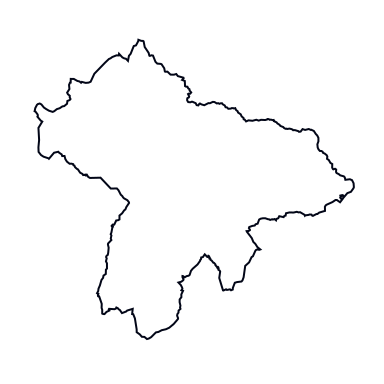 Runcu, Vâlcea, Romania (Equal Earth projection), rotated 93°
{"feature_id": "2599482B23633256734970", "entity_name": "Runcu", "entity_type": "district", "adm_level": 2, "iso_a3": "ROU", "parent_name": "Romania", "parent_adm1": "Vâlcea", "projection": "equal_earth", "projection_center": [24.459, 45.191], "detail": "fine", "context": "isolated", "style": "outline", "palette": "ink", "viewbox_px": 384, "rotation_deg": 93, "n_neighbors": 0, "source": "geoboundaries", "source_scale": "gbopen_adm2", "svg_char_len": 6003}
<svg xmlns="http://www.w3.org/2000/svg" viewBox="0 0 384 384"><g transform="rotate(93 192 192)"><path d="M280.1,276.0L282.4,276.3L284.6,277.8L290.2,279.1L293.4,280.3L295.9,280.5L298.0,281.5L298.6,280.2L299.5,280.6L300.9,280.4L301.1,280.1L300.8,279.6L301.4,279.1L308.4,276.3L312.5,276.2L314.3,275.5L318.1,275.3L318.5,274.3L318.5,273.0L316.2,271.1L314.7,268.3L313.6,269.0L313.0,268.7L313.1,263.3L312.5,262.0L311.3,261.5L312.0,259.9L312.9,259.2L313.6,257.9L316.6,255.6L314.8,251.5L313.8,250.6L311.8,245.1L317.0,245.4L317.1,244.3L321.2,242.4L332.0,240.1L334.9,239.9L336.9,236.7L339.2,234.5L339.2,231.9L341.2,229.3L340.6,227.5L339.1,225.2L334.1,220.7L333.5,218.2L331.6,215.0L330.4,210.8L328.7,207.6L324.7,203.3L319.6,199.4L318.7,199.3L316.3,200.4L314.7,200.2L313.2,199.2L311.1,199.2L309.3,197.4L307.9,197.9L306.1,197.6L302.7,198.6L299.9,198.7L297.6,197.1L294.8,197.3L291.2,195.8L290.7,197.4L289.2,196.5L287.9,196.9L285.5,198.3L283.1,200.8L282.1,197.9L280.5,196.1L279.8,195.9L277.4,197.1L276.4,197.1L276.5,196.4L277.6,194.8L276.3,193.0L275.8,191.0L274.9,190.0L270.8,188.9L268.6,187.3L264.1,182.7L260.3,180.3L259.4,180.2L258.6,179.5L256.9,179.4L256.4,177.7L253.6,176.0L256.1,173.3L256.0,172.8L254.8,172.3L254.9,172.0L256.4,171.0L256.7,171.2L256.8,172.0L257.1,170.9L257.6,171.0L257.9,170.1L258.7,170.0L259.5,168.7L261.5,167.0L261.6,166.3L263.1,164.8L263.8,164.8L265.4,163.3L265.4,162.2L265.8,161.8L266.1,161.7L266.0,162.3L266.5,162.6L267.5,161.6L268.2,161.6L269.1,160.2L270.0,159.7L276.4,160.3L288.6,155.9L288.7,155.4L287.4,152.9L287.9,152.3L287.9,151.6L287.2,149.0L288.1,147.9L287.3,146.2L285.7,146.2L280.4,144.5L279.6,142.3L278.8,137.9L277.7,137.0L274.5,136.0L263.0,135.0L259.3,131.3L253.9,129.1L253.0,127.8L247.5,125.7L246.7,125.2L246.0,124.0L246.2,121.7L245.8,120.8L243.6,123.8L240.4,126.1L238.7,128.1L234.9,129.9L228.7,135.2L228.2,135.4L228.0,133.5L227.1,132.2L226.6,132.2L225.1,133.3L224.0,133.0L222.7,130.0L222.2,127.6L220.9,126.8L220.2,124.8L216.0,123.5L215.1,122.1L214.5,119.8L214.4,117.4L215.2,114.7L215.3,113.4L215.8,112.5L215.0,110.5L215.3,109.8L214.7,108.2L215.9,106.6L214.5,106.3L213.7,104.5L211.6,103.6L212.3,99.2L211.0,98.5L210.7,97.3L208.3,97.0L207.3,93.6L207.2,89.5L206.3,86.3L206.8,84.5L206.5,83.0L208.9,78.4L209.8,78.0L209.4,77.6L208.8,74.5L208.3,73.3L208.3,71.5L209.4,70.6L209.5,70.0L207.5,66.6L207.4,65.6L205.9,63.9L203.9,58.2L199.8,58.5L198.4,57.8L197.7,57.0L194.7,51.2L192.5,48.3L192.4,46.9L194.5,43.6L190.9,41.1L190.5,41.3L190.9,42.8L189.9,43.7L189.0,43.3L187.8,43.7L187.5,42.8L188.0,42.2L187.3,41.8L187.2,41.3L187.9,40.6L189.6,40.3L185.0,36.8L183.5,33.3L179.9,31.0L178.7,30.6L174.8,31.1L171.8,32.8L171.0,35.0L171.8,39.5L169.4,40.2L168.4,41.2L167.6,44.9L166.5,46.3L165.5,48.6L164.5,49.2L162.0,49.2L161.3,50.4L162.0,52.1L161.7,52.5L160.3,53.3L156.7,53.4L155.7,55.3L152.9,57.1L151.8,58.9L149.5,58.7L148.2,59.4L146.6,61.6L146.1,63.1L144.9,63.7L144.3,64.9L144.3,66.5L142.8,67.9L141.0,68.8L137.8,69.3L134.8,68.4L131.3,68.6L129.0,69.9L127.6,71.4L124.7,73.5L123.6,76.1L123.8,76.5L123.0,78.7L124.1,82.3L123.4,84.9L126.0,86.7L126.3,88.3L125.7,88.9L124.8,92.5L125.0,94.3L124.4,94.8L123.9,96.3L123.6,98.0L124.1,100.3L123.8,100.8L124.0,101.9L123.3,103.4L122.4,104.2L121.4,107.2L120.3,108.1L119.0,110.4L118.0,111.2L117.3,113.1L116.7,113.5L116.8,114.0L115.8,114.3L116.0,115.1L115.6,117.0L115.8,118.3L115.2,119.2L115.2,120.5L115.7,120.8L116.3,122.7L116.3,126.8L117.2,129.1L116.5,131.6L117.7,135.3L117.5,139.3L118.7,141.7L117.0,143.1L116.7,144.2L115.4,144.4L113.9,146.4L111.9,147.4L110.2,150.2L109.0,150.6L107.8,152.3L106.0,153.2L106.4,154.5L106.1,155.3L106.2,156.9L106.7,157.6L107.0,160.1L105.7,161.5L105.6,162.9L103.9,163.8L102.8,165.9L101.8,166.7L102.0,168.3L102.5,169.2L101.9,170.6L102.3,171.8L101.0,174.2L100.9,175.9L102.4,178.7L102.4,180.3L104.7,184.3L104.0,187.2L103.2,188.7L103.7,189.4L105.2,190.2L105.0,191.9L103.1,193.0L101.9,196.2L101.8,196.8L102.5,198.4L102.4,200.5L100.8,201.6L99.4,201.7L98.5,201.5L97.7,200.1L96.7,199.8L94.4,201.1L94.0,200.6L93.9,198.9L92.6,198.0L90.8,199.7L89.5,199.9L88.7,201.2L87.1,202.1L87.1,203.5L86.6,204.5L81.5,205.0L80.6,207.7L78.8,206.3L78.3,206.5L77.0,212.2L75.0,213.9L75.8,216.2L75.9,219.6L73.1,222.8L73.3,224.8L73.1,225.4L69.9,226.2L66.0,229.1L65.7,229.9L65.6,233.4L63.9,235.3L57.8,238.1L57.6,239.7L58.3,241.2L58.1,241.7L55.3,242.6L49.7,246.8L44.1,248.2L43.7,248.8L43.7,250.6L42.8,253.5L44.2,253.6L48.5,255.6L49.3,257.8L57.2,260.5L59.3,262.1L64.4,262.8L62.4,264.9L62.1,266.7L61.2,268.6L57.8,272.1L59.5,272.3L59.5,274.6L61.4,278.7L62.8,280.4L63.5,281.9L67.3,285.5L79.0,295.7L87.2,299.0L88.2,301.0L88.6,303.9L87.8,307.8L88.7,308.5L87.5,310.1L87.1,312.3L85.3,315.9L85.4,319.0L89.1,318.9L89.2,319.6L91.5,320.4L95.6,319.8L99.3,321.9L100.9,321.0L102.3,319.1L103.8,319.1L105.5,318.2L106.6,319.0L107.6,321.2L110.4,321.4L112.9,324.1L113.3,325.9L115.3,328.6L116.3,331.3L118.5,333.8L119.3,335.3L118.3,339.1L116.8,342.0L115.4,344.3L112.4,347.0L111.6,348.7L112.3,350.6L113.1,351.4L116.4,352.9L119.6,353.4L119.9,352.5L122.7,350.2L124.2,349.9L124.9,350.3L128.7,346.7L129.5,345.2L136.0,348.7L148.1,347.4L155.4,347.7L160.0,347.3L163.0,344.7L164.5,342.1L165.9,337.0L166.3,336.6L160.0,331.8L158.8,327.6L159.7,326.8L161.3,324.1L162.9,323.5L162.7,321.2L165.8,320.2L168.2,318.5L170.2,315.7L170.0,314.0L170.4,312.1L171.5,311.8L171.8,310.8L173.3,310.1L174.9,308.2L175.3,307.2L178.6,304.7L179.7,302.3L180.8,301.6L180.6,299.9L180.9,299.3L180.2,299.3L180.1,298.0L182.4,296.4L183.3,294.6L182.5,284.1L192.8,273.3L192.4,267.2L194.1,265.5L198.4,263.0L199.7,261.4L200.9,260.6L201.8,259.7L203.6,256.1L205.6,254.4L206.3,254.3L210.5,256.8L212.9,257.6L213.9,258.8L217.0,260.7L219.3,263.2L223.2,263.0L224.0,264.2L224.4,266.2L228.6,267.9L228.7,269.5L230.1,270.5L230.4,270.3L230.2,269.3L230.8,269.1L231.1,269.6L236.9,270.4L238.4,271.0L239.6,270.2L242.8,270.7L244.2,270.0L247.8,273.1L248.9,273.2L252.0,272.3L257.1,272.5L259.2,272.8L260.1,273.9L261.4,274.4L262.8,273.7L265.7,274.3L267.7,273.2L272.9,272.9L274.1,273.9L278.4,273.8L280.1,276.0Z" fill="none" stroke="#020617" stroke-width="2"/></g></svg>